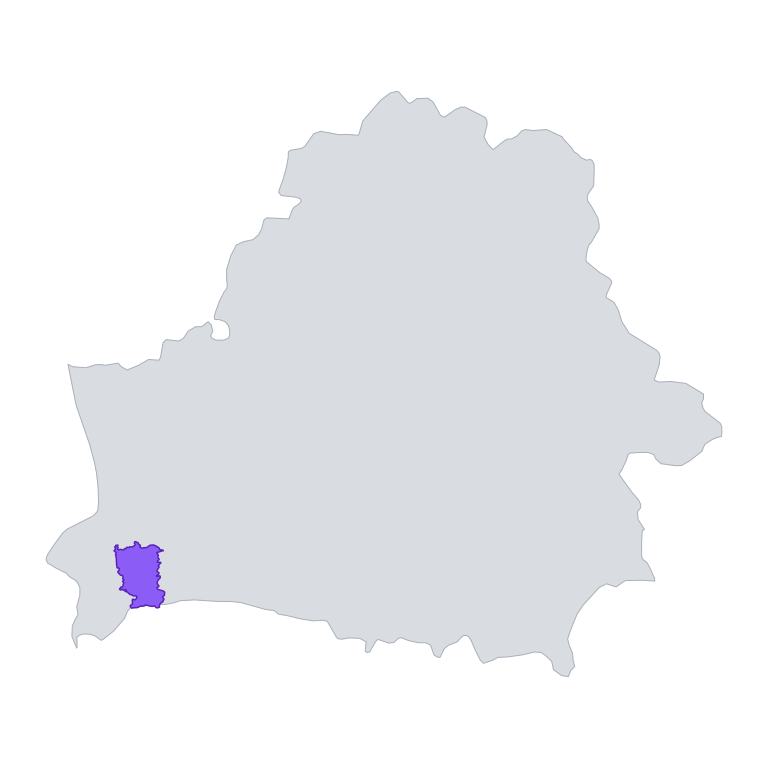 Kobryn, Brest, Belarus (highlighted)
{"feature_id": "67162791B1192676397695", "entity_name": "Kobryn", "entity_type": "district", "adm_level": 2, "iso_a3": "BLR", "parent_name": "Belarus", "parent_adm1": "Brest", "projection": "mercator", "projection_center": [24.483, 52.154], "detail": "fine", "context": "in_parent", "style": "filled", "palette": "violet", "viewbox_px": 768, "rotation_deg": 0, "n_neighbors": 0, "source": "geoboundaries", "source_scale": "gbopen_adm2", "svg_char_len": 9379}
<svg xmlns="http://www.w3.org/2000/svg" viewBox="0 0 768 768"><path d="M654.8,581.1L641.4,580.2L625.2,580.6L616.1,586.9L606.3,583.8L599.3,587.4L583.4,604.8L577.1,614.1L571.2,628.4L567.6,639.0L569.6,646.4L572.5,653.2L573.2,660.6L574.7,666.4L570.7,670.6L568.4,676.6L561.7,675.6L553.5,669.8L551.7,661.4L545.4,655.5L541.2,652.5L534.3,652.0L523.4,654.7L509.0,656.8L498.1,657.4L492.2,660.4L483.5,663.3L480.1,659.8L475.3,650.3L471.3,640.8L468.6,636.6L466.2,635.4L463.2,635.6L459.9,638.7L457.4,641.8L448.3,645.4L444.3,648.8L439.9,657.5L437.0,656.9L434.0,654.9L430.5,645.1L425.8,642.8L418.2,642.7L408.7,640.6L401.1,637.7L398.3,638.4L393.8,642.5L388.8,643.1L378.0,639.4L375.9,641.1L369.7,651.9L366.8,652.5L365.2,651.1L366.1,641.7L359.8,638.4L349.2,637.9L341.8,639.2L338.2,638.8L336.3,637.0L327.2,621.2L322.4,620.2L313.8,620.9L301.1,619.0L286.5,615.5L278.4,614.1L274.3,610.6L265.2,609.4L241.0,602.6L231.1,601.5L216.6,601.4L194.4,599.9L180.2,600.7L173.6,602.9L166.0,604.3L139.6,606.1L130.2,607.9L127.5,611.3L124.4,618.6L113.5,631.2L103.0,639.5L101.1,640.3L94.9,635.8L89.8,634.3L83.8,633.8L79.5,635.3L76.8,637.3L77.2,647.1L76.6,647.9L71.9,636.4L72.3,626.0L74.9,620.0L78.0,614.6L76.7,606.5L79.8,595.8L79.9,588.0L78.6,584.7L76.1,580.8L69.2,576.5L66.2,573.1L56.9,568.6L47.6,563.0L46.1,559.6L46.5,557.2L48.1,553.7L55.2,543.1L62.8,532.9L67.7,528.8L93.5,515.7L97.6,511.1L98.6,503.2L98.1,487.5L96.5,473.0L94.6,463.0L89.6,444.3L76.1,405.2L68.0,364.4L73.3,366.8L85.7,367.7L95.5,364.8L100.6,364.5L105.2,365.3L118.1,363.1L121.3,366.7L127.1,370.0L138.5,365.3L148.5,359.5L159.0,360.2L160.5,357.3L163.1,342.7L166.2,339.6L178.7,341.0L183.3,338.4L188.1,331.2L195.5,326.7L201.7,326.7L208.1,321.7L211.3,325.0L212.8,331.1L210.7,335.9L211.6,337.8L216.0,340.2L223.7,340.1L228.5,338.1L229.7,335.4L229.7,330.4L228.5,325.7L225.2,321.6L219.2,319.6L214.9,319.5L214.2,316.9L215.7,311.4L219.4,301.3L224.0,292.1L226.8,288.6L227.3,285.4L226.7,279.8L226.6,269.8L230.8,255.6L236.3,245.0L243.8,241.6L252.9,239.7L258.7,234.6L261.6,228.8L264.1,219.6L267.0,217.8L288.9,218.9L292.3,209.7L294.1,207.2L298.4,204.4L301.3,201.2L300.2,198.6L294.6,197.0L281.4,195.6L278.7,192.5L279.6,188.9L283.1,179.3L286.5,167.0L288.2,157.5L288.4,151.8L290.3,150.3L301.0,148.5L304.6,146.6L313.9,133.5L320.9,131.3L339.1,134.7L347.5,134.4L358.1,135.3L359.0,134.0L362.7,121.1L380.7,100.2L390.3,93.0L396.4,91.4L398.5,91.7L408.2,102.8L410.5,103.2L416.9,98.6L428.0,98.2L433.2,102.1L440.6,115.5L444.4,117.2L455.2,109.6L461.2,107.1L465.1,107.2L485.5,117.6L487.0,121.0L487.1,124.9L484.0,137.1L488.2,144.6L493.1,149.7L503.6,141.3L507.5,139.0L511.7,138.9L517.3,135.8L521.4,131.1L525.4,129.5L532.8,130.6L546.4,129.5L562.2,136.8L563.5,139.1L571.4,147.7L574.2,152.0L576.8,153.4L581.0,157.6L586.6,160.2L590.5,159.4L592.4,160.8L594.1,164.1L594.2,169.7L593.7,185.7L588.0,194.1L587.3,197.0L587.5,200.5L592.0,207.3L597.8,218.0L599.1,224.2L599.1,228.8L591.3,242.4L588.6,245.5L586.8,252.2L585.9,258.9L586.4,261.7L599.6,272.5L609.3,278.3L611.5,281.1L611.7,282.9L606.5,294.4L606.0,297.4L613.8,302.2L618.1,309.6L621.9,321.8L629.3,333.4L656.8,350.4L659.2,353.4L660.1,357.0L659.2,364.9L654.2,379.9L658.9,382.1L671.0,381.5L685.8,383.4L703.5,394.0L703.5,398.7L701.7,403.0L702.9,407.6L704.9,411.4L720.2,423.2L721.7,426.6L721.9,432.3L721.5,436.5L717.3,437.4L712.5,439.3L704.8,444.3L701.8,451.4L689.3,461.1L681.6,465.5L675.5,465.7L660.9,463.7L655.8,458.9L653.7,454.5L648.1,452.5L640.6,452.4L630.3,453.1L628.2,454.4L626.5,459.9L622.2,469.1L619.0,474.3L632.1,492.5L638.6,500.0L640.7,504.5L640.6,507.8L637.5,511.6L638.0,519.3L644.4,529.4L642.2,531.0L641.6,543.4L641.6,556.6L643.3,559.8L646.8,562.4L649.6,567.2L654.5,578.2L654.8,581.1Z" fill="#d9dde1" stroke="#a8b0b8" stroke-width="1"/><path d="M153.9,545.0L153.5,545.0L152.6,545.0L151.9,545.0L151.2,545.1L150.5,545.2L149.8,545.4L149.1,545.7L148.6,546.2L148.2,546.6L147.9,546.9L147.3,547.3L146.4,547.5L145.9,547.6L145.0,547.8L144.5,547.7L143.9,547.6L143.3,547.8L142.7,548.1L141.6,548.2L141.3,547.8L140.8,547.4L140.2,547.2L140.0,546.7L140.1,546.4L140.2,546.2L140.3,545.5L139.9,544.9L139.4,544.6L138.8,544.2L138.4,544.0L138.4,543.7L138.3,543.3L138.2,542.9L137.9,542.6L137.6,542.5L137.2,542.4L136.7,542.2L136.3,542.0L135.9,541.8L135.6,541.6L135.2,541.6L134.8,541.8L134.6,542.0L134.4,542.6L134.4,543.2L134.7,543.7L134.9,544.1L135.1,544.5L135.2,544.9L134.8,545.5L134.6,545.7L134.0,545.9L133.7,546.1L133.3,546.2L132.9,546.5L132.7,546.7L132.4,546.9L131.8,547.0L131.6,547.0L131.1,547.0L130.8,546.9L130.4,546.8L130.1,546.8L129.8,546.8L129.6,547.0L129.4,547.2L129.1,547.3L128.8,547.4L128.5,547.4L128.2,547.4L127.7,547.3L127.4,547.3L127.1,547.3L126.8,547.4L126.6,547.5L126.4,547.7L126.2,548.1L126.0,548.3L125.8,548.6L125.4,548.7L124.6,548.7L124.4,548.8L124.3,549.0L124.1,549.5L123.9,549.8L123.3,549.9L122.5,549.8L121.6,549.6L120.9,549.4L120.2,549.4L119.7,549.5L119.0,549.8L118.5,549.8L118.2,549.7L117.9,549.4L117.8,549.1L117.7,548.8L117.7,548.4L117.9,548.2L118.0,547.9L118.1,547.6L118.0,547.3L117.6,547.0L117.4,546.7L117.4,546.3L117.7,546.0L117.8,545.7L117.9,545.2L117.5,545.1L117.3,545.1L116.9,545.3L116.5,545.3L116.3,545.5L116.0,545.5L115.7,545.5L115.5,546.1L115.3,546.4L115.0,546.8L114.8,547.1L114.8,547.6L115.3,548.0L115.6,548.6L115.5,549.1L115.2,549.6L114.7,550.1L114.3,550.3L114.1,550.7L114.4,551.2L114.9,551.7L115.2,551.9L115.6,552.2L116.0,552.5L116.1,552.9L116.1,553.7L115.9,554.0L115.6,554.3L115.5,554.7L115.6,555.1L115.9,555.2L116.0,555.6L116.0,556.3L116.0,556.9L116.1,557.5L116.3,558.2L116.4,558.6L116.4,559.2L116.4,560.7L116.5,562.6L116.7,565.4L116.9,566.5L117.0,567.0L117.0,567.4L117.2,567.9L117.7,567.9L118.1,567.9L118.6,567.9L118.9,568.3L119.2,568.5L119.2,568.9L119.2,569.3L119.2,569.8L119.1,570.2L118.8,570.4L118.5,570.6L118.1,571.3L117.9,571.9L118.0,572.5L118.5,572.9L118.9,573.5L119.2,573.8L119.5,574.2L120.2,574.8L120.7,575.2L121.1,575.4L121.8,575.4L122.3,575.5L122.6,575.6L122.7,576.0L122.9,576.5L123.1,576.9L123.0,577.6L122.9,578.0L122.7,578.6L122.9,579.1L123.3,579.4L123.5,579.6L123.8,579.9L123.8,580.2L123.6,580.5L123.2,580.7L123.0,581.0L122.7,581.3L122.7,581.7L123.1,582.1L123.5,582.5L123.7,582.8L123.8,583.3L123.7,583.6L123.4,583.9L123.2,584.2L123.1,584.5L123.1,584.9L123.0,585.5L123.0,586.0L122.5,586.7L122.0,586.9L121.5,587.0L121.1,587.0L120.8,587.2L120.6,587.6L120.5,587.9L120.2,588.2L119.9,588.4L119.8,588.7L119.5,589.1L119.8,589.5L120.4,589.9L120.8,589.9L121.1,589.9L121.3,589.8L121.6,589.5L121.7,589.4L122.0,589.4L122.4,589.6L122.8,589.9L123.6,590.2L124.1,590.1L124.4,589.9L124.7,589.6L125.0,589.5L125.3,589.5L125.7,589.8L126.1,590.0L126.3,590.3L126.3,590.7L126.0,590.9L125.6,591.1L125.2,591.3L125.5,591.6L126.3,591.7L126.7,591.7L127.3,591.9L127.6,592.3L128.4,593.1L129.2,593.8L129.9,594.4L130.9,594.7L131.4,594.8L131.7,594.8L132.0,595.0L132.4,595.3L132.8,595.6L133.6,595.8L134.5,596.0L135.4,596.0L135.9,596.0L136.4,596.1L136.7,596.6L136.8,597.2L136.7,597.7L136.5,598.4L136.1,598.7L135.8,599.0L135.5,599.5L135.0,599.7L134.3,599.8L133.8,599.6L133.3,599.2L132.9,599.2L132.6,599.3L132.4,599.6L132.3,600.0L132.4,601.8L132.5,602.8L132.5,603.4L132.3,603.8L132.2,604.0L131.8,604.5L131.2,604.8L130.7,605.3L130.3,605.7L130.3,606.3L130.5,606.9L130.8,607.4L131.3,607.8L131.5,608.1L132.2,608.0L133.8,607.8L135.7,607.7L137.5,607.6L138.9,606.9L140.0,606.4L141.1,606.1L143.1,606.1L144.1,605.9L145.0,605.5L145.5,605.0L147.2,605.3L148.8,605.8L150.0,606.1L152.2,606.4L153.5,606.2L154.5,605.9L155.4,606.7L155.9,607.5L157.3,607.9L158.9,607.5L159.5,607.1L159.4,606.4L159.4,605.6L159.4,605.0L159.8,604.3L160.1,604.0L160.8,603.4L161.1,602.8L161.4,602.5L162.0,602.3L162.6,602.0L162.9,601.7L163.2,601.0L163.2,600.5L163.6,599.9L163.9,599.4L163.9,598.9L163.4,598.2L162.8,597.7L162.6,597.1L162.7,596.6L163.3,596.1L163.6,595.9L164.2,595.6L164.5,594.9L164.5,593.5L164.6,592.6L164.7,592.3L164.3,591.8L163.6,591.2L162.5,590.8L161.1,590.3L160.0,590.0L158.8,589.7L158.0,589.3L157.3,588.7L157.0,588.2L157.0,587.6L157.2,587.4L157.7,587.2L158.3,586.9L158.7,586.6L158.9,586.2L158.8,585.7L158.4,585.2L158.1,584.9L157.9,584.6L157.6,584.1L157.4,583.5L157.2,582.9L157.3,581.9L157.6,581.0L158.3,580.0L159.1,579.0L159.9,578.2L160.2,577.7L160.3,577.3L160.2,576.8L160.2,576.3L159.9,576.0L159.4,575.9L158.6,575.9L158.0,576.2L157.6,576.4L156.9,576.5L156.5,576.1L156.6,575.7L157.1,575.4L157.5,575.1L158.0,574.6L158.6,574.1L159.0,573.3L158.9,572.8L158.5,572.4L158.0,572.1L157.6,571.7L157.1,571.3L157.0,570.9L157.0,570.3L157.3,569.9L157.7,569.3L158.0,568.8L158.5,568.1L158.8,567.6L159.0,567.3L159.0,566.8L158.7,566.3L158.4,566.2L158.2,566.0L158.2,565.7L158.5,565.4L158.8,565.1L159.3,564.5L159.6,564.1L159.9,563.7L160.3,563.3L160.7,563.1L160.8,562.7L160.6,562.4L160.1,562.3L159.8,562.3L159.0,562.4L158.4,562.4L157.4,562.2L157.3,561.5L157.7,561.2L158.0,560.7L158.7,560.1L158.9,559.8L159.1,559.4L159.2,559.1L159.0,558.9L158.6,558.5L158.3,558.2L158.0,557.7L157.9,557.2L157.9,556.4L158.1,556.0L158.3,555.6L158.3,555.2L158.2,554.8L157.9,554.4L157.6,554.0L157.2,553.6L156.9,553.3L156.9,553.1L156.8,552.8L157.1,552.5L157.6,552.3L158.4,552.1L159.3,551.9L159.8,551.7L160.6,551.4L160.9,551.2L161.4,551.2L161.8,550.9L162.3,550.8L162.9,550.7L163.1,550.8L163.2,550.6L163.0,550.2L162.6,550.0L162.1,550.0L161.2,549.9L160.6,549.9L160.1,549.7L159.7,549.4L159.4,548.8L159.3,548.4L158.9,547.9L158.5,547.5L158.0,547.2L157.5,546.9L156.9,546.6L156.1,546.0L155.7,545.8L155.3,545.7L154.7,545.5L154.3,545.3L154.0,545.1L153.9,545.0Z" fill="#8b5cf6" stroke="#5b21b6" stroke-width="1.5"/></svg>